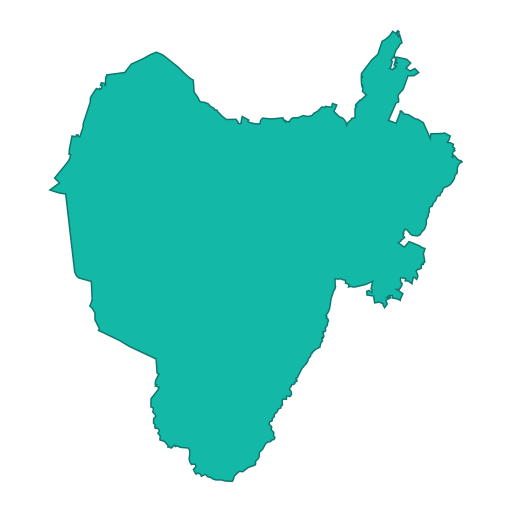 Tuchin, Córdoba, Colombia
{"feature_id": "7082276B64022238164064", "entity_name": "Tuchin", "entity_type": "district", "adm_level": 2, "iso_a3": "COL", "parent_name": "Colombia", "parent_adm1": "Córdoba", "projection": "albers", "projection_center": [-75.529, 9.219], "detail": "fine", "context": "isolated", "style": "filled", "palette": "teal", "viewbox_px": 512, "rotation_deg": 0, "n_neighbors": 0, "source": "geoboundaries", "source_scale": "gbopen_adm2", "svg_char_len": 5999}
<svg xmlns="http://www.w3.org/2000/svg" viewBox="0 0 512 512"><path d="M180.5,447.4L188.0,448.0L189.5,449.7L189.8,453.7L189.1,459.2L190.1,462.4L191.5,464.5L194.5,464.1L195.7,465.1L196.0,466.9L193.4,469.4L195.7,473.9L196.6,474.0L197.7,473.0L198.6,473.2L200.8,474.5L201.3,476.3L204.9,474.5L206.0,474.7L207.7,476.8L210.7,477.5L213.2,479.1L215.8,479.9L221.2,479.9L225.5,481.0L232.3,481.3L233.2,479.8L234.3,476.1L238.6,471.9L239.9,471.4L242.8,471.7L248.2,467.5L255.1,465.0L255.6,464.0L255.5,461.4L258.1,458.8L259.0,457.3L259.5,452.1L262.4,449.6L265.8,443.4L267.8,442.1L270.4,441.6L272.3,439.8L273.7,439.6L274.7,438.5L274.8,437.3L273.5,436.1L273.8,432.5L271.0,429.4L271.7,427.8L271.4,426.5L269.0,424.2L269.9,421.8L272.1,420.9L272.4,418.4L274.3,416.6L274.3,414.3L276.6,412.5L278.5,408.8L280.7,408.1L280.9,406.0L282.2,405.4L282.6,404.1L282.1,402.4L282.3,399.9L283.3,399.0L286.4,399.3L286.6,396.3L287.7,395.8L289.9,396.6L291.5,394.6L291.3,392.0L289.4,389.0L289.8,387.9L291.3,386.2L291.5,384.7L293.8,384.3L294.9,383.2L294.6,382.1L296.9,381.3L296.6,379.4L295.8,379.1L295.9,378.4L297.4,377.5L301.9,368.5L306.8,362.9L308.0,360.6L308.1,359.2L310.7,355.8L311.1,353.5L312.4,353.0L312.4,352.1L316.3,348.9L319.9,347.2L320.7,343.2L322.5,340.9L322.0,339.5L322.9,338.2L321.9,338.4L321.7,338.0L323.9,336.2L322.9,331.7L324.5,331.7L325.4,331.1L325.7,330.1L325.2,328.1L327.4,325.1L327.4,323.2L328.5,320.8L327.7,318.6L326.3,318.2L326.9,316.4L325.8,315.7L328.5,311.5L329.6,308.5L331.1,298.6L333.7,290.7L334.7,289.5L335.5,287.0L335.0,282.1L335.2,278.7L338.3,279.1L341.1,278.8L342.5,279.7L345.4,280.2L345.5,283.1L349.0,284.4L348.5,287.0L350.4,286.4L353.1,287.0L355.6,286.9L365.5,284.5L372.7,281.3L371.1,288.9L372.0,289.4L371.9,292.5L369.0,290.4L366.7,291.3L367.0,295.0L373.5,296.0L374.7,302.9L379.4,302.1L383.2,303.9L383.2,305.2L384.6,307.7L387.3,304.0L385.9,301.1L386.2,300.1L390.5,297.8L390.0,296.8L388.2,297.8L387.9,297.3L386.8,297.4L388.4,295.8L392.3,295.4L392.4,298.0L397.1,298.9L400.3,300.3L400.2,299.5L402.9,293.6L396.6,289.5L399.3,289.5L401.7,285.8L402.1,283.5L401.1,282.6L400.3,280.0L400.9,277.6L405.8,278.6L405.2,280.8L408.6,281.2L411.9,283.8L413.2,277.4L414.5,277.5L416.7,279.4L417.7,276.9L417.7,274.9L416.1,271.2L417.6,269.3L418.6,269.5L421.3,268.2L421.3,264.5L423.3,264.5L423.1,262.6L424.4,262.6L424.8,261.5L423.4,253.8L425.0,248.5L422.5,247.8L419.0,245.6L409.1,241.6L404.3,247.2L398.2,242.8L401.0,241.0L400.9,240.4L404.6,237.5L403.0,235.4L403.9,233.3L403.2,232.9L403.4,232.2L404.9,229.2L407.2,230.0L410.5,234.1L412.2,235.3L417.7,235.9L420.1,234.7L421.5,232.2L424.6,229.0L426.4,223.9L426.2,220.0L428.1,216.4L428.5,213.1L429.4,211.9L429.1,209.5L429.6,207.5L430.4,206.7L432.0,206.4L433.5,202.6L435.6,200.6L436.8,197.0L437.9,195.8L440.0,195.6L440.5,193.5L442.1,191.8L443.1,188.7L445.1,186.9L446.6,186.8L450.2,184.6L452.4,182.0L454.4,178.4L455.0,175.2L456.6,173.7L457.3,172.2L457.2,168.5L458.3,164.9L459.8,163.2L462.1,161.9L460.8,160.6L459.0,160.3L457.2,158.9L454.8,156.1L453.7,155.4L452.3,158.0L452.5,155.0L452.9,154.8L452.6,152.1L454.9,150.6L453.8,149.6L454.7,148.4L452.8,146.9L453.4,144.3L450.6,142.9L447.4,142.3L449.1,139.7L450.2,136.0L444.3,132.9L443.8,133.4L430.9,133.8L430.3,138.5L423.3,122.6L417.4,119.1L415.8,119.2L408.5,114.7L404.2,114.0L401.2,110.9L400.2,111.1L400.3,112.3L396.1,123.2L388.5,120.4L396.0,103.0L398.6,102.0L398.6,98.7L398.0,96.9L398.5,94.5L403.2,89.2L408.0,75.8L413.9,75.7L418.7,72.6L414.8,68.5L410.1,71.0L406.0,68.2L410.7,63.0L406.7,59.3L397.1,57.2L395.2,57.2L396.2,58.0L395.4,59.3L396.3,59.9L394.9,61.7L397.8,63.0L394.9,63.0L394.1,65.0L394.9,65.4L394.6,66.0L396.3,66.2L394.8,68.5L393.5,68.1L392.7,69.7L389.6,68.5L391.0,66.6L392.3,61.5L391.0,60.3L393.1,57.3L394.2,57.6L394.3,54.9L396.1,49.9L398.3,47.3L399.8,44.3L402.0,42.8L399.5,34.4L399.1,35.0L399.4,36.2L398.7,36.8L397.2,34.3L399.2,31.9L398.0,30.9L397.7,30.7L396.7,32.3L397.2,32.6L396.3,33.8L392.7,31.3L389.9,35.5L385.5,39.4L382.1,41.3L377.9,54.3L371.9,59.7L361.5,73.5L361.3,76.4L362.3,76.3L362.5,77.5L361.3,77.6L361.3,79.7L361.6,84.8L361.9,85.8L362.3,84.5L362.9,88.2L362.5,91.5L366.4,95.0L360.6,100.3L360.1,100.0L355.7,104.7L355.4,105.8L356.5,106.2L355.0,108.8L355.1,117.6L351.5,118.5L351.6,119.3L347.7,122.8L346.7,125.2L345.8,121.9L343.4,118.7L341.5,117.4L339.8,117.2L333.9,111.5L336.8,105.0L332.5,103.5L331.6,107.2L325.5,106.4L325.0,107.4L321.8,107.0L317.6,111.3L314.2,113.1L311.7,115.7L307.7,116.5L303.2,115.6L298.2,117.7L292.7,117.9L290.7,119.4L289.2,122.4L289.2,121.4L285.9,121.9L286.3,121.3L284.8,120.2L284.0,120.8L282.9,117.8L271.7,119.0L262.6,118.1L260.6,120.4L259.9,123.9L255.9,123.9L249.8,122.6L247.9,121.3L248.7,120.0L242.2,116.5L240.8,123.6L238.0,123.5L238.0,121.8L235.9,119.3L226.4,119.5L222.4,116.5L217.5,111.4L216.9,110.1L214.9,110.3L214.9,109.6L213.8,108.2L210.6,106.5L208.2,103.8L204.8,102.4L201.2,102.0L199.6,101.1L198.1,97.8L194.1,92.0L193.3,80.1L190.3,78.5L185.2,74.1L178.0,67.0L162.9,55.0L156.4,52.2L150.2,54.7L142.8,58.9L131.3,64.1L124.8,72.5L106.7,74.9L106.8,76.4L106.1,76.6L105.6,78.5L105.5,85.5L104.9,85.4L105.2,83.4L101.3,82.8L100.5,85.4L102.1,85.8L101.3,88.8L99.6,88.4L99.3,89.5L96.4,88.5L91.3,96.0L90.4,98.2L90.2,102.4L83.7,122.1L83.1,124.3L83.1,127.1L79.8,136.8L78.3,136.5L78.2,135.1L76.5,134.8L75.7,136.7L72.0,136.0L69.4,149.2L69.0,154.2L70.7,154.6L69.6,158.9L67.3,162.6L54.6,178.1L59.5,182.9L49.9,190.0L58.1,192.7L65.7,194.1L74.7,271.9L76.5,275.8L78.9,278.0L91.3,281.4L92.2,299.3L91.2,302.9L89.8,306.0L92.2,308.3L94.4,311.8L95.0,313.6L95.0,319.9L99.5,328.8L98.5,330.4L119.8,340.6L129.1,346.3L156.1,359.0L157.1,373.1L158.9,374.0L155.6,380.6L155.2,384.1L156.5,384.6L155.3,386.0L158.9,387.2L159.1,387.8L158.6,387.9L158.3,389.4L151.0,398.8L150.9,406.8L153.5,408.2L152.8,412.0L155.8,415.6L155.7,416.5L153.6,418.6L153.5,423.1L155.3,424.9L154.7,426.6L155.4,428.4L157.7,428.3L159.4,430.4L159.4,431.2L157.9,433.1L160.2,435.9L159.9,439.9L164.5,441.4L168.0,445.5L168.0,447.2L169.6,446.9L170.8,448.0L171.6,447.9L174.5,445.1L175.4,446.5L177.4,446.0L180.5,447.4Z" fill="#14b8a6" stroke="#0f766e" stroke-width="1.5"/></svg>